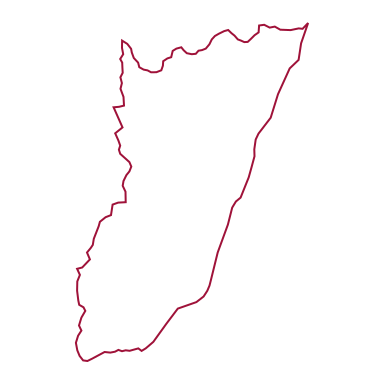 Sentinela do Sul, Rio Grande do Sul, Brazil (Robinson projection)
{"feature_id": "56859067B78209847482393", "entity_name": "Sentinela do Sul", "entity_type": "district", "adm_level": 2, "iso_a3": "BRA", "parent_name": "Brazil", "parent_adm1": "Rio Grande do Sul", "projection": "robinson", "projection_center": [-51.619, -30.633], "detail": "fine", "context": "isolated", "style": "outline", "palette": "rose", "viewbox_px": 384, "rotation_deg": 0, "n_neighbors": 0, "source": "geoboundaries", "source_scale": "gbopen_adm2", "svg_char_len": 1752}
<svg xmlns="http://www.w3.org/2000/svg" viewBox="0 0 384 384"><path d="M153.3,341.9L166.4,323.7L177.8,308.6L196.4,302.1L203.6,296.5L207.3,290.8L209.5,285.6L210.9,280.1L217.7,252.5L227.9,224.6L232.2,207.6L235.9,201.5L240.6,197.6L248.7,177.4L251.5,167.4L254.5,156.3L254.3,149.3L255.7,139.5L258.5,133.6L270.7,117.7L278.0,94.2L287.4,73.5L289.7,68.4L298.6,59.9L301.1,43.3L308.1,23.0L302.6,28.8L298.7,28.4L290.6,30.1L280.3,29.7L274.8,26.6L269.7,27.6L264.2,24.8L259.1,25.5L258.6,32.4L254.6,35.2L250.7,39.1L247.7,41.9L244.3,42.1L241.0,40.6L237.8,39.4L234.5,35.6L231.5,33.2L228.2,30.0L224.2,31.1L218.9,33.7L214.9,36.0L211.8,39.4L209.4,44.3L205.8,48.6L202.0,50.1L198.5,50.7L195.8,53.8L191.8,54.2L186.8,53.2L183.6,50.2L181.3,47.3L176.4,48.6L172.7,50.9L171.2,57.2L167.4,58.4L163.2,61.2L162.9,65.7L161.3,70.3L156.4,72.2L151.1,72.3L147.6,70.4L143.6,69.6L139.3,67.2L138.1,62.6L133.8,58.0L131.8,52.5L131.1,48.8L127.3,43.9L122.1,40.6L122.0,47.9L123.2,54.2L120.2,59.0L122.2,62.6L122.4,67.6L122.7,72.8L120.4,77.3L121.9,83.1L120.5,88.8L123.5,96.9L124.0,105.6L119.1,106.8L113.6,107.3L122.5,127.4L115.2,133.3L118.4,140.5L120.2,145.6L118.9,149.7L120.2,153.8L129.4,162.1L131.3,166.6L129.4,171.4L126.4,175.1L123.5,181.0L122.7,185.8L125.5,191.7L125.7,202.2L118.2,202.6L112.6,204.6L111.0,215.1L105.6,217.2L99.9,221.8L98.7,226.2L93.8,238.8L92.8,244.9L90.8,247.9L87.0,252.5L89.9,259.4L82.2,267.5L77.1,268.8L79.9,274.9L77.3,281.4L77.1,290.7L78.3,300.5L79.2,304.8L83.5,307.3L85.3,310.9L81.4,317.6L79.0,325.5L81.4,330.6L78.1,335.7L75.9,342.8L77.3,350.3L79.6,355.9L83.1,360.4L87.4,361.0L91.7,358.9L104.6,352.0L110.3,352.6L115.0,351.7L118.4,349.9L122.0,351.2L125.7,350.3L129.6,350.8L138.3,348.4L141.6,350.9L145.7,348.4L153.3,341.9Z" fill="none" stroke="#9f1239" stroke-width="2"/></svg>